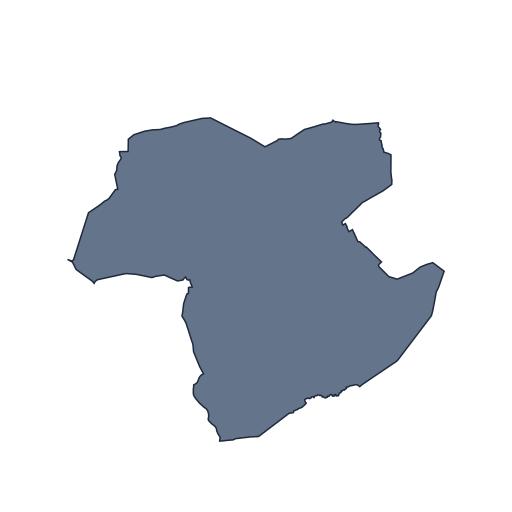 Chavinda, Michoacán, Mexico, rotated 333°
{"feature_id": "50627088B886354204460", "entity_name": "Chavinda", "entity_type": "district", "adm_level": 2, "iso_a3": "MEX", "parent_name": "Mexico", "parent_adm1": "Michoacán", "projection": "mercator", "projection_center": [-102.439, 20.047], "detail": "fine", "context": "isolated", "style": "filled", "palette": "slate", "viewbox_px": 512, "rotation_deg": 333, "n_neighbors": 0, "source": "geoboundaries", "source_scale": "gbopen_adm2", "svg_char_len": 5184}
<svg xmlns="http://www.w3.org/2000/svg" viewBox="0 0 512 512"><g transform="rotate(333 256 256)"><path d="M425.5,192.9L422.5,191.6L419.0,190.2L407.6,185.4L403.1,183.3L400.0,181.4L395.4,178.1L394.0,177.0L391.9,175.4L388.2,172.6L387.8,172.8L386.7,171.2L386.2,169.9L384.2,171.1L383.9,171.0L379.0,170.0L376.7,169.5L376.0,168.9L375.9,168.9L367.4,167.4L362.2,166.4L357.2,165.4L356.7,165.3L356.6,165.2L355.0,165.4L353.8,165.6L351.6,165.8L348.2,166.2L347.4,166.3L345.5,166.6L340.5,167.2L335.0,165.1L332.1,163.3L328.9,162.1L327.4,162.8L313.6,162.8L304.7,148.5L290.9,129.7L278.2,112.3L276.9,111.8L270.4,108.9L264.0,107.3L252.5,104.4L250.5,104.1L247.1,103.6L244.5,103.8L239.0,102.6L232.6,100.7L230.0,100.2L228.1,99.8L221.0,96.6L213.3,94.2L202.2,92.5L195.2,94.0L195.0,94.5L190.2,103.5L189.4,104.8L181.7,101.0L181.5,101.5L181.3,102.2L180.8,103.7L180.5,104.7L180.3,105.0L180.4,105.4L180.6,107.0L179.7,108.2L178.0,109.1L177.8,109.2L177.6,109.3L175.9,110.2L175.4,110.6L174.6,111.2L173.1,112.6L171.8,114.8L170.9,116.3L169.3,117.6L167.2,119.1L163.1,133.8L161.9,133.4L160.8,133.1L157.2,134.9L151.4,137.9L150.4,138.1L148.5,138.5L145.8,138.4L142.4,139.2L138.3,139.9L126.4,141.4L92.6,175.6L92.0,176.2L91.6,176.7L89.6,176.8L86.5,173.5L89.7,178.2L89.6,186.4L98.7,204.1L99.3,206.9L101.3,205.6L102.6,205.4L103.4,205.2L104.5,205.3L130.0,212.0L132.3,212.7L140.4,217.6L140.6,217.8L140.8,217.9L141.5,218.4L141.9,218.7L150.4,225.5L153.2,227.8L155.3,228.4L156.9,228.4L161.6,230.0L163.9,230.7L165.7,231.4L174.7,242.6L179.9,244.2L182.0,243.2L183.8,242.8L183.7,245.6L185.0,246.9L186.1,247.1L185.4,250.8L185.1,254.7L181.6,253.4L178.7,258.7L177.4,258.4L176.0,259.5L169.9,265.6L165.1,272.9L162.8,275.8L162.9,278.5L163.1,280.0L163.2,283.7L162.1,290.9L161.5,294.4L161.1,296.9L160.5,300.3L160.3,301.7L159.8,305.5L159.2,307.3L157.4,311.7L157.0,312.7L156.9,313.1L155.6,328.6L155.7,337.2L153.3,337.2L151.1,338.0L149.0,339.5L147.6,341.0L146.0,342.1L143.9,342.5L142.0,342.5L141.1,344.2L139.8,346.0L138.0,349.5L137.4,351.0L137.2,352.9L137.6,355.9L138.8,361.2L140.9,366.9L141.8,368.6L142.3,369.6L142.6,371.6L142.4,373.9L141.3,377.0L139.9,378.9L139.1,380.1L139.2,381.7L140.2,385.1L141.2,387.1L142.0,389.0L142.3,390.4L142.3,392.1L141.6,393.9L141.4,397.6L141.8,401.1L139.6,404.4L141.8,405.4L147.4,407.5L152.0,409.4L154.4,409.5L154.9,409.5L168.7,414.6L176.3,418.0L213.9,411.2L218.3,412.5L219.3,411.2L223.2,411.6L223.7,411.6L224.2,411.2L226.3,411.5L227.6,411.7L228.3,411.7L233.3,410.3L234.0,409.7L233.6,409.2L233.8,407.2L234.2,406.2L234.9,406.0L235.5,405.8L236.4,406.1L237.2,406.1L237.8,406.0L238.0,406.2L238.4,406.8L238.6,407.2L238.9,407.3L239.3,407.4L240.8,407.4L241.0,407.2L241.1,406.9L242.6,407.0L243.1,407.3L243.2,408.3L243.6,408.5L243.7,408.4L243.9,408.0L244.1,407.8L244.6,407.6L245.1,407.6L246.2,407.6L246.6,408.0L247.1,408.0L248.1,407.8L248.9,408.5L249.3,409.1L250.1,409.6L250.6,409.5L251.2,410.5L251.1,411.0L250.9,411.5L251.0,411.7L252.1,412.0L252.3,412.2L252.6,413.3L253.6,414.1L253.9,414.1L254.4,414.1L254.7,413.8L255.3,414.2L255.6,414.1L256.0,413.4L256.3,413.4L256.9,414.0L257.8,414.1L259.1,413.2L259.9,413.4L260.4,413.8L260.7,414.2L260.4,414.6L260.5,415.1L260.6,415.6L261.1,415.8L261.3,415.9L261.6,416.2L261.8,416.3L262.3,416.1L262.5,415.3L263.6,415.3L264.1,415.8L263.8,416.6L263.9,417.1L264.2,417.2L264.7,417.0L264.8,417.1L265.3,417.6L265.9,417.9L266.6,417.5L267.7,416.1L268.9,416.3L271.1,415.5L270.9,415.1L271.9,415.1L273.6,415.1L273.7,415.5L275.8,415.2L276.8,414.7L276.6,414.2L277.1,413.9L278.1,414.2L279.2,414.5L280.0,414.4L281.0,414.5L281.3,414.5L282.4,414.9L282.6,415.0L283.8,415.3L284.4,415.4L285.3,415.6L287.0,416.2L287.8,417.0L288.6,418.3L289.1,419.5L291.9,418.8L309.2,416.6L333.6,413.6L335.8,412.8L337.4,412.0L384.0,389.4L385.2,388.8L388.7,384.9L393.8,378.4L400.1,370.1L402.4,368.3L404.3,366.9L405.2,366.1L416.7,355.0L410.5,342.2L404.3,341.0L397.2,340.4L387.9,342.3L371.3,340.7L365.9,335.5L365.0,334.7L360.6,321.0L360.9,320.5L360.9,320.4L361.2,319.5L365.1,318.3L361.7,308.4L358.4,298.2L357.8,298.2L354.9,290.5L353.8,289.8L353.3,289.4L353.4,288.2L353.4,287.4L353.4,286.6L353.4,286.4L353.5,285.6L353.7,281.2L353.9,276.3L349.9,276.5L349.8,272.1L350.4,271.6L350.4,271.4L350.4,267.7L347.7,267.9L347.4,267.9L347.7,264.6L347.8,264.6L351.7,263.3L352.2,263.2L352.8,263.2L353.0,263.2L354.1,263.2L354.4,263.2L354.7,263.1L357.7,262.2L357.8,262.2L361.8,260.8L365.4,259.8L368.2,258.9L371.0,258.0L373.5,257.2L374.8,256.7L380.6,256.5L380.7,256.4L380.8,256.4L385.1,256.2L386.8,256.1L392.7,255.9L392.9,255.9L393.0,255.9L394.1,255.8L394.6,255.8L397.5,255.7L397.9,255.7L398.5,255.6L398.8,255.6L405.3,254.6L408.3,254.1L409.5,253.8L411.5,250.1L411.7,249.9L411.8,249.1L412.1,248.2L414.1,242.8L421.6,228.3L422.2,227.2L422.1,226.9L420.7,225.4L420.7,225.0L417.1,221.5L417.3,221.1L418.0,217.7L417.7,217.2L417.8,216.0L418.5,214.7L418.6,214.3L419.0,212.7L419.2,211.8L419.2,211.6L419.9,210.3L419.5,209.8L418.9,209.1L418.8,208.4L419.5,207.3L419.9,207.0L421.1,206.4L421.6,205.5L422.1,204.7L422.4,204.3L423.0,203.3L422.6,201.6L422.7,201.4L422.8,201.0L423.4,200.1L424.4,199.9L424.4,199.7L424.2,198.6L424.2,198.4L423.7,196.5L423.9,195.4L424.1,194.9L425.2,194.1L425.3,193.4L425.5,192.9Z" fill="#64748b" stroke="#1e293b" stroke-width="1.5"/></g></svg>